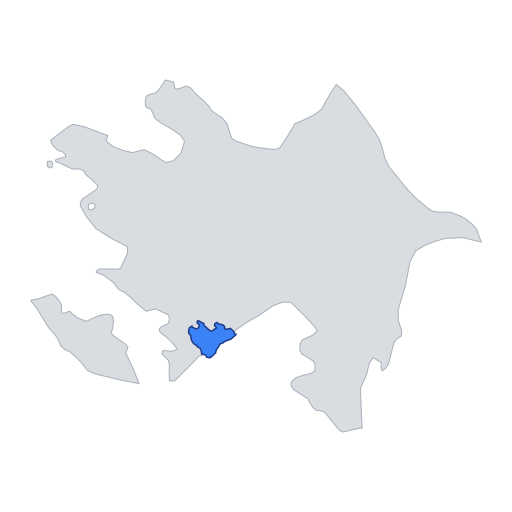 Jabrayil District, Cəbrayıl, Azerbaijan shown in context
{"feature_id": "54616110B25171122868047", "entity_name": "Jabrayil District", "entity_type": "district", "adm_level": 2, "iso_a3": "AZE", "parent_name": "Azerbaijan", "parent_adm1": "Cəbrayıl", "projection": "natural_earth1", "projection_center": [46.975, 39.317], "detail": "fine", "context": "in_parent", "style": "filled", "palette": "blue", "viewbox_px": 512, "rotation_deg": 0, "n_neighbors": 0, "source": "geoboundaries", "source_scale": "gbopen_adm2", "svg_char_len": 4763}
<svg xmlns="http://www.w3.org/2000/svg" viewBox="0 0 512 512"><path d="M362.1,428.3L359.8,428.1L343.2,432.0L339.7,430.8L325.4,413.1L322.5,411.1L316.4,410.3L312.8,407.4L309.8,402.7L308.2,399.1L293.4,389.5L291.3,386.0L290.9,383.0L293.1,380.2L295.6,377.8L302.7,375.4L311.1,373.4L313.7,371.9L315.1,369.4L315.0,365.3L313.6,361.2L301.6,353.9L300.2,350.8L299.8,346.9L300.5,342.9L302.4,339.7L312.1,335.4L317.4,331.0L314.1,326.0L303.5,314.7L290.9,302.2L282.6,302.1L272.9,305.8L257.6,316.4L249.1,320.9L238.0,328.5L225.8,336.8L215.9,345.7L209.7,353.1L198.7,356.3L193.1,362.4L174.6,380.9L169.4,380.7L169.1,371.5L169.4,364.2L168.2,360.1L162.3,354.3L162.2,351.8L163.8,350.3L168.4,351.2L174.3,350.9L177.1,348.7L170.8,341.1L165.2,336.1L160.5,332.7L159.4,330.6L159.4,329.2L160.4,327.4L168.5,323.3L169.3,319.5L168.8,315.2L155.9,308.9L146.3,311.2L137.6,304.2L132.1,298.7L125.2,292.9L119.0,289.7L113.1,282.3L102.9,274.7L96.3,272.6L96.4,271.4L97.6,270.0L100.3,268.9L118.7,269.2L120.9,267.8L122.1,264.6L124.6,259.8L127.6,252.7L127.4,246.7L109.0,237.1L95.7,228.3L86.5,216.7L80.3,206.0L80.5,202.4L82.3,199.1L96.7,189.3L97.6,186.7L97.3,185.0L92.3,180.0L85.9,174.8L83.9,171.0L79.9,169.1L72.2,168.9L58.9,162.6L56.0,162.0L55.4,160.7L56.1,159.4L65.6,156.8L65.5,154.7L62.6,151.9L57.2,149.9L52.3,144.8L50.6,140.3L68.0,127.0L73.1,124.3L84.4,126.8L107.8,135.6L106.2,140.5L108.6,143.2L114.0,147.0L124.3,150.8L133.0,152.7L137.5,151.1L144.2,149.7L152.9,154.0L161.0,159.6L165.0,161.8L167.2,162.5L173.3,160.7L180.7,153.5L183.6,144.9L184.4,140.7L180.1,135.0L171.3,128.8L161.4,123.3L155.1,118.5L151.0,109.0L147.0,107.9L145.9,106.7L145.3,103.5L145.4,98.9L146.9,95.5L150.9,94.0L154.9,93.4L158.6,90.1L163.1,83.6L165.1,80.0L173.7,82.0L174.8,87.9L176.4,89.1L179.9,88.4L185.9,86.0L190.6,87.8L196.7,94.8L205.1,102.1L209.6,107.1L211.4,110.5L215.7,113.8L222.0,117.7L227.0,123.7L231.5,137.9L236.0,141.1L252.3,146.5L258.0,147.6L274.0,149.5L279.6,148.2L287.7,136.0L295.1,123.4L302.0,120.8L314.4,114.7L321.8,109.0L324.9,102.8L331.9,91.2L336.2,84.6L343.6,90.5L356.4,106.2L374.7,131.9L379.2,139.2L382.2,147.7L384.8,157.9L389.1,166.9L407.7,189.7L415.8,198.1L428.9,209.0L433.5,211.5L439.6,212.1L450.8,212.2L461.2,216.4L466.3,219.4L471.6,223.8L476.4,228.8L481.3,242.1L463.3,237.7L445.3,238.4L435.1,241.3L425.3,245.2L415.8,250.7L410.0,261.5L405.2,286.5L398.1,309.8L398.4,320.6L401.7,331.0L401.4,336.0L398.1,338.0L393.9,342.5L388.5,363.9L385.7,368.2L382.1,370.9L381.1,368.3L381.3,362.7L373.3,357.7L369.2,363.3L366.4,375.1L360.7,387.5L360.4,389.9L362.1,428.3ZM94.4,208.2L95.2,204.9L93.0,203.4L90.6,203.3L88.5,205.0L88.5,209.1L91.3,209.9L94.4,208.2ZM34.6,305.6L31.9,302.1L30.7,300.2L38.7,298.7L52.0,294.0L55.6,296.3L59.4,301.0L61.4,305.0L61.6,312.4L63.2,313.6L69.7,311.1L72.6,314.2L77.5,317.8L86.1,321.3L98.6,315.7L104.8,314.3L109.8,314.4L112.6,316.2L113.5,322.0L112.5,329.1L111.0,333.0L113.6,335.9L123.8,342.8L128.0,346.6L125.9,353.3L133.5,369.5L136.0,375.8L139.0,383.6L123.4,380.6L95.4,374.0L87.7,370.6L80.4,361.6L76.1,357.2L69.7,351.6L64.5,349.5L60.5,345.6L58.3,339.8L55.0,334.6L49.2,328.5L36.3,307.7L34.6,305.6ZM52.2,166.8L50.5,168.0L47.9,166.8L47.1,164.3L47.3,161.6L49.9,161.0L52.1,161.7L52.7,164.1L52.2,166.8Z" fill="#d9dde1" stroke="#a8b0b8" stroke-width="1"/><path d="M191.9,326.1L191.5,326.5L190.7,326.9L189.9,327.4L189.2,328.2L189.0,328.9L188.7,330.3L188.6,331.2L188.6,332.4L188.9,333.4L189.6,334.3L190.3,335.0L190.8,335.8L191.0,336.5L191.0,337.3L190.9,338.4L191.2,339.3L191.8,340.8L192.5,341.7L193.1,343.0L194.5,344.2L195.5,344.9L196.6,345.3L197.0,346.2L197.1,346.3L197.4,346.8L198.7,347.4L199.8,347.9L200.3,348.8L200.9,349.9L201.2,350.8L201.5,352.3L201.5,353.5L201.8,354.2L202.2,354.2L203.6,354.3L204.6,354.6L206.2,355.8L206.4,357.0L207.8,357.5L209.1,357.7L210.5,357.6L211.4,356.6L213.1,355.4L213.6,354.5L215.6,353.0L216.0,350.8L216.5,349.8L217.1,348.7L218.2,347.2L218.9,346.2L219.3,345.2L219.9,344.2L221.1,343.6L222.1,343.2L223.6,342.5L224.5,341.5L225.5,341.1L227.7,340.4L228.9,339.7L230.4,339.5L232.7,337.6L234.2,336.2L235.5,335.2L236.0,334.3L235.3,334.3L234.7,333.7L234.3,332.5L233.1,330.9L232.4,330.2L231.4,329.4L230.4,328.4L229.3,328.6L227.5,329.1L225.9,329.2L224.6,328.8L224.7,327.9L224.6,326.6L223.9,325.7L222.9,324.9L221.5,324.5L220.4,324.3L218.5,323.8L217.1,322.5L216.9,322.7L215.9,323.1L214.7,323.7L214.7,325.7L215.0,326.3L216.2,327.1L216.3,328.2L215.4,328.8L214.1,329.3L213.2,330.3L212.2,331.0L210.7,330.9L209.4,330.4L208.5,329.2L207.5,329.0L207.2,328.4L206.3,327.2L204.9,326.7L204.2,325.3L204.0,324.2L203.4,323.3L202.7,322.9L201.7,322.5L200.5,322.1L199.8,321.3L198.3,320.7L197.1,321.3L197.1,322.4L197.5,323.4L198.2,323.9L199.1,324.6L199.4,325.5L198.9,326.6L198.5,327.8L197.1,328.9L196.3,328.8L195.5,328.8L193.9,327.9L192.2,327.1L191.9,326.1Z" fill="#3b82f6" stroke="#1e3a8a" stroke-width="1.5"/></svg>